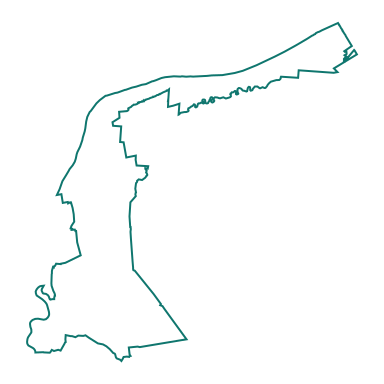 the district of Tārgales pag., Ventspils, Latvia
{"feature_id": "27541924B44897070784756", "entity_name": "Tārgales pag.", "entity_type": "district", "adm_level": 2, "iso_a3": "LVA", "parent_name": "Latvia", "parent_adm1": "Ventspils", "projection": "mercator", "projection_center": [21.857, 57.473], "detail": "fine", "context": "isolated", "style": "outline", "palette": "teal", "viewbox_px": 384, "rotation_deg": 0, "n_neighbors": 0, "source": "geoboundaries", "source_scale": "gbopen_adm2", "svg_char_len": 5755}
<svg xmlns="http://www.w3.org/2000/svg" viewBox="0 0 384 384"><path d="M139.8,347.1L186.5,339.3L164.6,309.2L162.5,306.1L160.2,305.2L160.9,304.0L153.6,294.0L134.8,270.7L133.4,270.2L133.1,269.0L133.1,267.7L132.6,261.7L130.9,238.3L130.5,231.8L130.8,229.2L130.6,227.0L130.2,227.0L129.5,216.4L130.4,202.3L135.8,196.1L135.4,194.6L135.6,193.0L136.0,192.6L135.3,188.7L136.0,183.4L136.1,183.0L136.7,182.5L137.2,181.5L137.1,180.8L138.7,179.4L142.1,180.0L145.1,177.8L146.3,176.3L146.4,175.8L146.9,175.6L147.3,175.0L147.2,174.5L146.7,173.1L146.1,172.6L146.1,172.3L146.7,170.8L145.5,169.2L145.3,168.8L145.3,168.2L147.7,168.7L148.2,166.2L136.6,165.5L135.6,159.6L135.7,159.2L135.8,155.6L126.3,157.5L123.6,142.3L120.1,142.0L121.2,126.4L113.1,125.8L112.5,122.2L119.5,117.8L119.1,111.8L126.9,111.1L127.8,110.6L128.4,110.0L128.5,109.7L128.2,108.6L128.3,108.3L131.1,106.9L132.1,105.8L133.6,104.9L133.7,104.7L134.8,104.7L136.6,104.2L137.7,103.6L138.2,103.1L138.1,102.8L138.9,102.9L139.4,102.6L139.7,102.4L139.5,102.1L141.8,101.8L142.1,101.3L142.6,101.6L143.3,101.4L143.4,101.1L143.5,101.3L144.0,101.3L144.1,101.1L144.2,100.4L145.4,100.1L145.5,99.7L149.2,98.6L149.9,98.1L152.9,97.1L153.1,96.7L153.7,96.9L154.4,96.4L155.2,96.3L157.2,95.0L158.5,94.9L159.0,94.3L159.8,94.2L159.8,93.9L160.2,93.7L160.9,93.6L163.0,92.4L166.6,90.9L166.7,90.5L167.4,90.6L169.0,89.3L168.4,98.1L168.2,99.5L168.3,99.4L168.0,106.9L173.2,105.7L179.4,103.7L178.6,114.6L179.4,114.2L180.1,113.2L180.7,112.8L184.2,112.1L186.3,112.0L188.2,111.3L188.6,110.7L188.4,110.0L188.1,109.6L188.3,108.4L190.1,107.5L191.1,106.6L192.5,106.0L194.0,104.3L194.8,104.6L195.3,105.7L195.1,106.4L195.1,106.9L195.9,107.4L197.2,106.6L197.9,104.0L198.5,103.4L199.7,103.4L201.1,102.6L201.7,102.7L203.3,103.5L204.1,103.2L204.2,102.9L204.0,102.3L202.7,101.5L202.3,101.0L202.3,100.5L202.5,100.0L202.9,99.6L204.0,99.5L204.8,99.8L205.0,100.0L205.3,101.2L205.4,102.5L205.5,102.9L206.3,103.4L207.2,103.4L208.0,103.1L208.8,101.4L209.6,100.8L209.6,99.8L210.1,99.3L210.4,98.0L210.6,97.6L211.2,97.2L212.0,97.3L212.7,98.1L212.6,99.3L211.6,100.2L211.2,101.4L211.3,101.8L211.6,102.2L212.5,102.5L213.5,102.0L214.2,101.1L214.2,100.4L213.7,99.8L213.6,98.8L213.8,98.2L215.0,97.3L217.4,97.5L219.0,98.1L220.1,98.3L223.3,97.3L225.9,98.5L229.3,97.5L230.4,97.0L230.9,96.3L230.8,95.9L230.8,94.7L230.3,94.2L230.6,93.5L231.2,93.3L231.5,92.6L231.8,92.3L232.6,92.4L233.5,92.2L234.8,91.0L235.6,91.1L236.0,91.6L236.1,92.0L235.9,93.8L236.0,94.1L236.7,94.5L237.4,94.3L238.2,93.9L238.3,93.5L237.7,92.4L237.5,91.1L237.5,89.4L237.8,88.8L238.9,88.0L239.7,88.1L241.1,88.7L241.7,89.2L242.3,90.1L243.1,90.7L244.0,90.7L246.4,91.5L247.1,91.2L247.8,88.1L248.4,87.2L248.9,86.8L249.9,87.1L250.2,88.1L250.2,90.1L250.8,90.7L252.3,90.2L253.0,88.7L254.9,86.5L257.4,86.5L259.5,88.1L260.1,88.3L262.6,87.2L264.5,88.0L265.5,87.9L267.0,86.2L267.6,85.0L268.8,83.5L270.8,81.7L276.3,80.1L279.2,80.0L280.1,79.3L280.6,78.6L280.8,77.1L281.0,76.7L298.1,77.8L298.7,70.3L333.7,72.8L337.5,72.1L333.9,68.4L356.9,54.4L354.6,50.5L354.1,50.0L348.3,57.0L348.2,57.4L347.8,57.9L347.2,58.3L346.6,58.3L346.1,58.9L344.8,61.6L343.9,61.0L344.2,60.1L344.0,59.6L344.4,59.2L344.1,58.7L345.1,57.7L345.7,57.7L345.8,57.3L345.6,56.9L346.3,56.4L344.6,55.2L346.5,54.1L346.6,53.4L346.3,50.8L344.9,51.8L344.3,51.2L351.8,46.0L345.7,35.9L345.5,35.2L344.4,33.7L344.3,33.4L343.5,32.4L343.2,31.6L342.9,31.4L343.0,31.2L342.5,30.6L342.3,29.9L341.9,29.7L341.7,28.9L340.9,28.0L340.0,26.1L339.6,25.8L339.0,24.9L339.1,24.5L338.7,24.3L338.0,23.0L321.9,30.3L319.3,31.7L317.7,32.2L315.8,33.2L315.2,34.1L314.2,34.4L313.4,35.1L312.0,35.7L307.3,38.7L295.9,45.4L284.5,51.7L274.8,56.6L256.6,65.2L242.8,70.8L234.7,73.0L222.4,75.1L211.9,75.4L207.1,75.9L193.1,76.6L190.5,76.4L186.2,76.7L182.0,76.3L180.4,76.6L173.9,76.3L165.1,77.2L161.5,78.0L156.0,80.2L153.1,81.2L152.2,81.3L145.9,84.1L141.8,84.8L136.3,86.6L132.0,87.6L125.8,89.8L124.9,89.9L117.5,92.6L115.1,93.0L106.9,95.6L105.5,95.8L99.8,100.1L96.4,103.4L90.7,111.1L89.7,112.0L87.3,116.9L86.2,121.5L85.3,128.4L84.7,131.4L82.8,137.6L82.3,140.2L80.1,146.6L77.4,152.1L76.7,154.2L75.8,158.6L74.8,161.7L72.7,165.3L69.6,169.1L68.6,171.0L66.1,175.2L62.4,181.2L59.6,189.2L56.9,195.0L61.4,194.2L62.8,202.9L67.8,202.0L68.1,203.4L70.1,202.3L71.2,203.7L71.3,203.5L72.6,208.0L73.7,214.2L74.2,221.7L71.5,225.8L70.6,228.4L72.2,228.8L72.1,229.5L71.5,229.5L71.5,229.9L74.8,229.6L75.4,231.1L76.1,231.0L77.2,242.4L80.7,255.3L65.4,262.8L60.9,263.7L60.8,264.1L56.1,263.7L55.1,265.8L54.2,266.1L53.8,267.5L53.0,267.0L52.0,270.5L51.9,271.5L51.9,273.5L51.7,274.2L51.4,283.4L51.6,285.8L53.3,290.8L54.5,293.2L54.9,294.5L55.0,295.6L54.7,295.6L54.2,297.9L54.2,299.1L52.6,299.1L50.4,299.6L50.0,299.4L50.1,299.0L49.5,298.6L48.8,296.5L47.9,295.2L46.0,293.9L43.3,293.5L42.8,293.1L41.8,291.0L41.6,290.1L42.0,288.7L42.6,287.7L43.7,285.7L41.0,286.0L39.7,286.4L38.1,287.6L36.7,289.3L36.1,290.5L35.7,291.5L35.9,293.4L36.4,294.8L36.7,295.5L42.3,299.3L44.8,301.6L46.4,303.6L47.1,305.2L48.9,311.7L49.1,313.2L49.1,314.9L48.5,316.4L47.6,317.7L45.9,319.2L43.7,319.7L38.0,318.7L35.2,318.9L32.5,320.0L30.8,321.6L30.2,322.7L30.0,323.9L30.4,326.9L31.3,329.5L31.4,331.4L31.3,332.5L28.2,337.1L27.7,338.2L27.4,339.4L27.1,341.7L27.2,343.2L27.6,344.3L28.4,345.5L32.9,348.0L34.0,348.9L34.9,350.2L35.4,351.7L35.4,352.5L43.4,352.2L43.7,352.4L49.8,352.7L50.4,352.1L51.8,349.9L54.0,351.0L58.2,349.8L60.6,350.6L64.5,343.7L65.0,342.5L65.7,342.1L65.4,339.4L65.7,335.1L70.5,336.1L72.0,336.1L75.4,337.2L78.3,335.6L83.3,335.9L85.5,335.3L88.7,337.6L97.9,343.4L103.0,344.4L106.4,346.3L109.8,349.2L113.2,353.0L114.5,353.5L115.1,354.1L115.9,357.2L116.7,358.4L120.1,359.7L121.4,361.0L122.6,359.1L123.6,357.0L126.8,356.6L129.2,356.9L129.5,356.1L130.5,355.9L129.6,354.5L128.8,347.5L137.6,346.6L139.8,347.1Z" fill="none" stroke="#0f766e" stroke-width="2"/></svg>